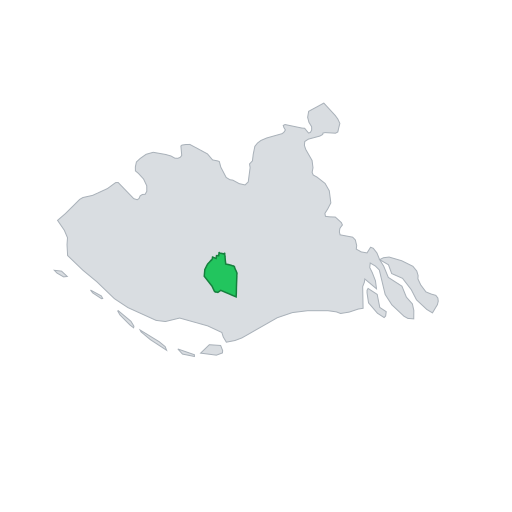 Lelystad, Flevoland, Netherlands (highlighted), rotated 226°
{"feature_id": "6326949B53575024953728", "entity_name": "Lelystad", "entity_type": "district", "adm_level": 2, "iso_a3": "NLD", "parent_name": "Netherlands", "parent_adm1": "Flevoland", "projection": "robinson", "projection_center": [5.465, 52.539], "detail": "fine", "context": "in_parent", "style": "filled", "palette": "green", "viewbox_px": 512, "rotation_deg": 226, "n_neighbors": 0, "source": "geoboundaries", "source_scale": "gbopen_adm2", "svg_char_len": 5444}
<svg xmlns="http://www.w3.org/2000/svg" viewBox="0 0 512 512"><g transform="rotate(226 256 256)"><path d="M318.9,411.0L310.2,410.8L302.0,410.6L297.7,410.0L293.1,408.4L291.0,405.0L288.4,401.0L289.1,398.5L296.8,391.4L297.9,389.5L297.1,388.4L297.9,385.3L303.7,374.8L304.5,370.6L301.9,367.6L298.1,365.8L285.8,362.7L279.9,358.3L277.2,354.5L274.5,353.4L270.4,354.7L260.2,356.1L252.0,354.0L242.2,346.7L240.0,340.2L238.8,335.2L236.3,333.5L233.1,336.1L228.9,340.1L220.7,340.6L218.3,339.7L218.0,337.4L217.5,335.3L215.3,332.6L212.8,331.2L202.4,338.6L198.5,338.6L193.6,335.7L191.3,332.9L185.9,334.5L181.1,338.0L182.7,344.5L180.1,345.7L174.2,345.1L167.5,342.4L160.0,340.8L148.7,336.3L132.9,340.0L122.0,335.6L112.9,335.2L107.2,331.7L101.2,325.8L105.6,321.9L109.8,320.6L126.5,319.8L138.6,322.2L160.3,335.0L165.8,334.9L171.6,333.3L168.7,329.8L163.3,328.1L155.2,324.7L148.7,319.9L163.9,318.3L161.9,315.8L159.9,311.5L144.0,296.7L146.8,292.7L150.9,284.1L155.9,276.9L160.0,275.0L166.5,269.9L180.9,255.0L190.0,242.9L196.8,228.5L206.9,188.9L209.8,182.2L214.6,174.8L220.5,176.2L224.7,178.3L239.3,172.7L264.4,158.0L271.8,145.3L279.1,139.4L307.9,128.0L323.7,124.5L348.2,123.6L365.9,121.6L387.2,120.8L395.4,127.9L400.1,133.1L407.7,136.0L419.5,138.0L418.9,148.2L419.2,168.5L418.3,172.1L413.1,180.6L407.7,196.0L406.3,206.0L404.6,207.9L382.2,207.9L379.0,209.6L378.6,211.8L379.7,214.4L379.2,217.0L377.4,219.1L378.4,222.4L382.4,226.2L389.5,228.6L397.1,228.8L401.0,228.4L403.9,231.1L406.7,235.3L406.6,240.5L405.5,247.6L402.0,254.1L391.7,261.6L387.0,264.3L382.7,265.6L380.6,267.6L379.6,270.1L379.9,272.4L387.3,278.4L387.2,279.8L385.0,282.9L382.2,285.9L363.2,292.0L355.3,291.5L350.8,294.6L349.4,295.2L344.4,292.4L333.2,289.1L329.0,290.2L326.7,292.0L319.7,294.2L314.7,297.5L314.7,301.9L323.6,313.1L326.7,315.3L326.9,319.5L331.2,324.8L335.7,331.4L336.2,335.6L335.7,339.8L333.4,345.8L325.8,359.9L325.7,362.7L326.3,364.7L329.0,365.3L331.0,366.3L330.4,368.2L316.0,378.0L314.1,379.7L308.0,379.2L307.1,380.9L307.9,383.5L310.3,385.8L315.5,387.0L319.9,389.5L323.5,394.4L318.9,411.0ZM167.5,342.4L166.2,346.5L162.8,351.0L151.4,357.5L139.6,361.7L133.5,361.2L129.3,359.0L127.1,356.6L120.8,354.4L112.1,353.3L106.7,355.7L102.8,358.0L99.4,357.6L96.9,355.7L95.0,352.7L92.5,343.4L99.0,341.7L113.0,341.0L123.9,344.3L138.1,345.9L149.1,341.4L157.7,345.2L167.5,342.4ZM144.1,304.4L152.4,310.3L154.2,312.1L154.8,314.1L144.2,316.5L133.0,309.3L125.5,311.0L122.8,307.6L122.7,305.4L130.5,303.6L144.1,304.4ZM224.6,160.8L216.2,168.4L211.1,166.3L209.6,164.5L212.2,158.6L224.6,148.7L224.6,160.8ZM261.7,126.8L253.9,127.7L250.3,126.2L269.2,121.9L281.2,120.6L283.3,121.2L261.7,126.8ZM312.5,118.9L295.9,120.7L290.3,119.4L289.4,118.1L293.9,117.4L308.1,117.2L312.4,118.3L312.5,118.9ZM243.4,135.2L227.8,143.1L226.5,141.9L236.5,135.0L243.4,135.2ZM380.2,105.6L372.4,106.0L374.6,103.1L381.9,101.0L385.8,101.0L380.2,105.6ZM346.5,113.3L334.7,117.0L331.9,116.2L332.6,115.2L342.9,112.9L346.5,113.3Z" fill="#d9dde1" stroke="#a8b0b8" stroke-width="1"/><path d="M263.8,233.1L264.0,233.0L264.1,232.9L264.3,232.8L264.5,232.8L264.5,232.7L264.8,232.6L265.0,232.5L265.1,232.4L265.3,232.3L265.5,232.2L265.8,232.1L266.0,231.9L266.4,231.8L266.5,231.7L266.8,231.6L267.0,231.4L267.3,231.3L267.4,231.2L267.5,231.1L267.8,230.9L268.0,230.8L268.2,230.7L268.3,230.7L268.6,230.5L268.7,230.4L268.9,230.3L268.9,230.2L269.1,230.1L269.3,230.0L269.3,229.9L269.5,229.8L269.7,229.7L269.9,229.6L270.2,229.4L270.5,229.1L270.8,228.8L271.0,228.7L271.3,228.6L271.5,228.8L271.8,229.1L272.0,229.2L272.0,229.3L272.6,229.7L273.1,230.1L273.6,230.4L274.0,230.8L274.3,231.0L274.7,231.3L275.0,231.6L275.3,231.8L275.5,232.0L276.0,232.4L276.3,232.6L276.6,232.9L277.0,233.2L277.0,233.3L277.3,233.4L277.5,233.6L277.7,233.8L278.2,234.1L278.5,234.3L279.2,234.8L279.3,234.7L279.3,234.8L279.5,234.7L279.6,234.8L279.6,234.7L280.2,234.2L280.3,234.2L280.5,234.0L280.9,233.6L281.0,233.6L281.3,233.3L281.6,233.1L281.9,232.9L282.0,232.9L282.1,232.7L282.4,232.5L282.6,232.4L282.8,232.2L283.0,232.1L283.3,231.9L283.5,231.9L283.8,231.9L284.0,231.9L284.0,231.7L283.9,231.7L283.7,231.4L283.1,230.6L282.7,230.0L282.5,229.9L282.4,229.7L282.1,229.4L282.3,229.1L282.5,229.1L282.7,228.9L282.8,228.9L283.1,228.5L283.2,228.4L283.3,228.3L283.3,228.2L283.5,228.1L283.7,227.9L283.5,227.7L283.4,227.5L283.3,227.4L283.2,227.2L282.8,226.7L282.6,226.4L282.4,226.1L282.2,225.8L282.0,225.6L282.3,225.4L282.6,225.3L282.9,225.1L283.2,225.0L283.9,224.7L284.2,224.5L284.4,224.5L284.5,224.4L284.9,224.3L285.2,224.1L285.4,224.0L284.8,223.2L284.2,222.4L283.9,220.9L284.2,220.8L284.1,219.9L284.0,218.9L283.9,217.9L283.9,217.1L283.8,215.6L283.7,215.2L283.4,214.4L283.1,213.3L283.0,213.1L282.8,212.7L282.7,212.3L282.6,212.1L282.6,211.9L282.2,211.0L281.9,209.9L277.4,204.7L264.9,203.4L264.7,203.4L264.4,203.3L264.0,203.1L259.6,201.6L259.1,201.6L258.4,201.7L258.4,201.8L258.3,202.0L258.2,202.0L257.5,202.5L256.8,202.9L256.5,203.2L256.3,203.3L256.2,204.3L256.1,204.6L255.8,206.8L253.7,207.7L251.0,208.8L247.6,210.3L245.9,211.0L245.5,211.1L240.4,213.3L242.9,216.0L247.2,220.3L250.0,223.2L254.8,228.2L255.6,228.9L255.9,229.3L256.3,229.8L256.5,230.0L256.8,230.2L256.8,230.3L257.0,230.4L257.1,230.5L257.3,230.6L257.5,230.7L257.8,230.8L259.3,231.4L260.0,231.6L260.3,231.7L260.6,231.8L260.9,231.9L261.0,232.0L261.4,232.1L261.7,232.2L262.0,232.3L262.3,232.5L262.5,232.5L262.8,232.7L262.8,232.8L263.0,232.9L263.1,233.0L263.3,233.0L263.5,233.0L263.8,233.1Z" fill="#22c55e" stroke="#15803d" stroke-width="1.5"/></g></svg>